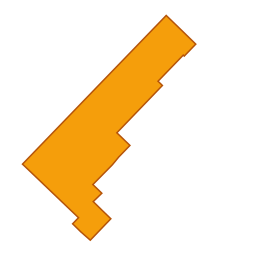 outline of Garfield, Colorado, United States of America, rotated 134°
{"feature_id": "52423323B61812355653584", "entity_name": "Garfield", "entity_type": "district", "adm_level": 2, "iso_a3": "USA", "parent_name": "United States of America", "parent_adm1": "Colorado", "projection": "equal_earth", "projection_center": [-107.968, 39.729], "detail": "fine", "context": "isolated", "style": "filled", "palette": "amber", "viewbox_px": 256, "rotation_deg": 134, "n_neighbors": 0, "source": "geoboundaries", "source_scale": "gbopen_adm2", "svg_char_len": 447}
<svg xmlns="http://www.w3.org/2000/svg" viewBox="0 0 256 256"><g transform="rotate(134 128 128)"><path d="M20.6,137.5L20.5,160.3L20.5,178.7L121.3,178.8L193.4,178.8L227.3,178.8L226.9,101.3L235.4,101.3L235.5,89.6L234.9,77.2L205.2,77.3L205.2,89.5L205.1,101.9L193.1,101.5L193.1,114.0L165.2,113.7L155.3,114.5L139.2,114.5L139.2,132.7L73.5,132.8L73.5,138.9L37.2,138.9L37.2,137.5L20.6,137.5Z" fill="#f59e0b" stroke="#b45309" stroke-width="1.5"/></g></svg>